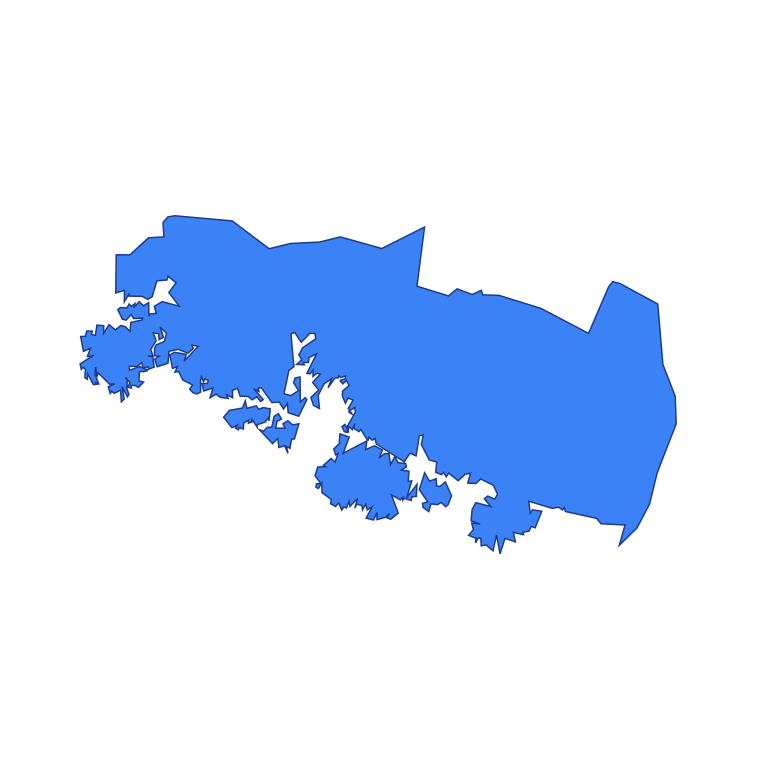 Lillesand nor, Aust-Agder, Norway (Mercator projection), rotated 73°
{"feature_id": "86288312B5594304829508", "entity_name": "Lillesand nor", "entity_type": "district", "adm_level": 2, "iso_a3": "NOR", "parent_name": "Norway", "parent_adm1": "Aust-Agder", "projection": "mercator", "projection_center": [8.269, 58.228], "detail": "fine", "context": "isolated", "style": "filled", "palette": "blue", "viewbox_px": 768, "rotation_deg": 73, "n_neighbors": 0, "source": "geoboundaries", "source_scale": "gbopen_adm2", "svg_char_len": 6161}
<svg xmlns="http://www.w3.org/2000/svg" viewBox="0 0 768 768"><g transform="rotate(73 384 384)"><path d="M218.5,613.9L218.5,604.8L229.5,608.3L222.5,600.7L225.2,602.8L229.5,589.6L233.9,585.2L232.7,580.1L218.9,571.0L221.1,561.2L217.7,559.0L226.4,553.3L233.6,563.0L249.8,557.1L240.4,572.0L242.6,581.0L249.8,581.0L248.6,587.8L250.3,589.0L237.3,585.2L238.9,591.0L233.7,594.1L237.9,601.1L234.3,598.7L236.0,602.8L233.0,604.4L236.2,607.5L233.8,613.6L235.1,616.8L245.5,615.3L247.5,611.9L243.7,605.5L248.2,604.3L250.4,595.5L252.0,597.0L251.1,608.1L259.6,611.6L253.5,614.6L251.1,618.5L253.7,625.1L246.9,629.6L253.6,637.3L246.3,635.0L243.7,641.3L253.1,645.8L251.1,649.4L248.2,647.4L246.4,652.7L251.1,655.6L249.9,660.2L264.9,661.9L264.1,654.2L270.9,659.6L272.0,655.4L271.5,653.8L271.6,653.1L275.9,668.7L281.5,669.2L280.1,667.0L282.5,665.2L290.5,668.3L292.7,666.3L287.7,664.3L299.7,662.1L300.3,658.8L298.4,659.3L300.5,656.8L289.9,657.5L283.5,654.8L292.5,656.1L289.9,654.0L303.9,646.6L305.1,641.5L306.0,648.5L313.0,648.6L311.3,646.4L314.1,644.8L312.9,637.7L324.3,640.4L322.4,636.8L310.0,635.3L321.4,633.1L319.2,630.9L313.1,631.2L305.3,628.5L302.0,629.2L308.6,626.6L312.0,630.1L314.1,626.8L311.4,626.2L312.5,622.7L315.5,619.8L311.9,613.3L309.3,617.4L301.3,614.5L300.7,612.3L302.0,610.6L302.0,606.5L301.5,605.9L295.7,612.9L296.6,623.5L292.5,622.2L295.0,614.9L292.7,609.5L297.6,609.8L298.9,604.3L301.0,605.0L300.7,598.9L290.5,597.2L288.1,601.6L289.9,596.8L282.7,596.9L275.9,589.2L267.6,589.7L270.0,584.8L275.8,586.2L275.0,581.2L264.0,581.4L272.1,577.1L279.2,581.8L280.0,590.5L282.8,593.0L289.9,595.2L291.7,590.9L293.2,596.0L301.2,595.9L301.0,584.5L289.9,580.0L290.7,570.7L297.1,562.5L294.4,556.1L290.6,556.2L293.7,550.7L303.7,568.5L297.8,564.3L292.4,575.3L293.6,580.3L307.2,581.7L307.0,576.5L311.6,580.5L311.9,576.8L321.6,575.1L328.9,567.3L332.1,571.4L336.3,569.3L338.8,566.1L338.2,561.8L326.7,558.3L323.6,556.5L329.1,555.9L326.8,553.8L329.2,551.0L331.8,552.7L330.4,557.9L338.0,558.5L337.9,548.8L346.2,554.3L344.7,547.4L348.8,544.6L352.2,537.3L348.1,537.7L352.9,532.8L345.9,530.8L345.2,525.3L353.5,525.2L356.2,517.5L360.6,514.7L359.1,509.4L364.7,507.1L363.6,504.0L350.5,510.0L354.6,505.8L351.2,505.5L351.8,502.4L369.0,496.6L370.6,489.5L378.5,487.4L374.4,482.1L383.4,484.0L389.9,475.0L376.3,462.3L373.9,463.4L376.8,469.3L352.8,462.2L352.2,467.1L356.3,470.1L365.3,467.6L367.8,476.6L364.1,482.5L343.2,471.0L341.1,465.1L308.7,458.3L308.6,454.4L319.9,450.9L313.8,439.9L315.5,435.2L320.8,436.1L325.6,451.2L331.3,456.9L336.8,455.5L339.7,461.7L342.4,454.7L339.9,454.8L341.3,449.9L336.8,447.9L335.3,439.6L351.3,454.6L352.7,451.8L349.9,447.7L356.1,449.7L354.0,444.9L356.0,442.1L361.7,451.8L370.6,448.2L375.5,457.8L383.8,457.7L388.6,452.9L375.5,450.2L366.4,441.3L363.5,432.4L371.2,438.5L363.8,428.9L364.8,426.1L362.8,424.8L365.2,423.5L365.0,418.5L367.8,419.4L367.6,424.3L368.4,425.1L371.9,423.2L369.6,419.1L375.1,417.7L378.7,425.7L383.5,427.3L391.1,426.5L386.9,422.4L390.3,418.2L397.3,425.8L396.6,424.4L400.8,425.7L404.2,422.9L399.6,424.8L397.9,418.8L402.8,419.8L414.7,432.5L411.2,433.2L412.6,436.7L418.1,435.9L419.5,433.2L416.7,432.5L418.8,431.8L413.9,430.5L418.4,427.6L413.2,423.5L417.4,425.9L422.2,421.9L420.6,419.4L431.5,416.6L432.9,415.4L430.4,414.0L434.3,411.7L433.2,408.5L439.0,408.9L464.4,387.4L457.8,379.4L462.1,374.3L443.9,365.4L444.1,361.4L452.9,366.0L469.8,362.9L474.1,356.4L483.5,360.4L487.5,355.6L485.9,352.9L490.9,351.6L488.0,348.2L498.2,341.4L494.1,332.8L494.6,327.3L503.2,332.9L506.0,325.3L503.1,319.3L512.9,309.0L522.5,307.7L526.5,311.6L521.5,317.6L523.1,321.6L532.4,317.7L524.3,330.9L529.8,336.4L540.3,340.7L546.1,333.0L542.6,340.8L549.4,341.1L553.5,347.4L558.3,341.2L562.8,343.0L558.9,339.1L559.9,336.5L567.2,338.3L567.7,333.5L575.4,328.5L561.3,320.5L580.3,322.7L567.0,313.4L573.4,304.5L563.8,303.7L568.9,294.6L566.4,294.6L567.1,288.4L563.3,284.8L565.7,281.5L551.8,270.3L547.8,278.7L550.4,281.9L538.4,279.9L551.9,259.7L553.1,252.7L556.6,250.2L555.1,247.7L558.9,247.9L574.6,220.0L581.1,217.3L589.3,194.7L607.0,206.1L595.7,184.3L576.4,165.1L548.6,148.6L507.5,116.2L480.7,109.1L446.8,111.6L387.6,98.8L356.8,129.1L353.0,135.5L356.9,140.9L395.4,173.6L357.6,211.8L332.8,248.2L327.6,263.5L322.9,263.5L324.2,273.5L314.4,286.3L318.6,296.6L300.1,323.9L245.7,299.3L253.8,346.5L230.6,382.7L229.4,404.3L222.3,432.3L221.0,454.4L183.7,481.4L161.9,535.0L161.0,541.8L165.0,548.1L179.0,551.5L175.3,566.4L186.2,589.2L182.2,602.3L218.5,613.9ZM500.1,390.2L500.9,385.9L489.6,381.8L499.4,395.5L484.8,385.8L484.1,389.3L474.7,385.6L471.5,392.6L469.9,386.8L466.5,386.5L463.3,393.5L456.6,394.8L462.9,401.4L452.0,399.6L450.7,403.9L453.4,410.3L446.7,404.7L440.3,411.2L441.4,420.8L433.4,417.0L438.3,443.3L424.6,432.8L418.8,440.8L427.9,444.2L431.5,451.0L437.6,451.0L437.1,448.3L444.4,453.6L439.7,456.4L444.1,465.7L446.0,464.0L444.0,471.7L451.5,476.7L460.6,473.6L459.7,477.8L462.9,479.3L464.7,477.3L460.6,472.5L469.7,475.1L479.1,468.1L482.8,470.1L487.0,466.2L484.5,462.1L492.2,461.2L489.7,458.3L491.6,456.1L485.9,451.8L491.1,452.3L485.5,442.5L494.2,448.3L490.9,445.2L493.7,440.6L498.1,441.3L493.6,436.6L499.5,436.8L498.0,431.3L507.1,440.3L511.0,433.7L504.8,428.3L511.6,430.4L512.0,421.9L509.6,416.6L512.8,420.3L515.3,417.2L511.7,408.1L492.2,409.3L499.6,402.3L497.7,399.1L500.6,400.0L499.4,397.7L503.3,392.2L500.1,390.2ZM385.7,504.8L374.6,500.0L371.2,506.3L371.6,511.1L367.5,512.6L367.2,522.3L359.6,521.6L365.6,526.4L364.0,539.6L368.9,547.1L381.3,542.2L380.5,536.3L382.6,539.0L385.3,536.6L383.3,535.2L386.0,531.7L380.4,529.7L379.0,524.2L381.8,525.2L381.7,521.4L378.3,520.8L388.2,517.9L385.8,517.2L385.7,508.9L382.2,504.1L385.7,504.8ZM510.6,352.1L495.6,354.0L498.4,360.4L496.8,363.5L489.8,361.8L490.2,368.9L480.8,371.1L495.3,381.1L509.5,376.6L509.4,382.1L513.4,382.7L519.1,378.5L512.3,374.1L515.0,368.3L514.1,363.8L519.4,360.9L518.1,357.9L510.6,352.1ZM410.4,485.8L397.1,477.0L396.5,483.2L391.0,486.7L392.5,492.3L397.3,491.5L394.6,500.5L388.4,497.1L387.6,492.3L381.4,493.7L382.9,498.6L392.6,504.0L391.3,508.2L393.8,512.7L391.3,516.5L408.5,508.0L405.0,501.5L414.0,503.1L413.9,497.2L422.2,496.1L415.3,495.5L418.0,492.7L409.7,488.6L410.4,485.8Z" fill="#3b82f6" stroke="#1e3a8a" stroke-width="1.5"/></g></svg>